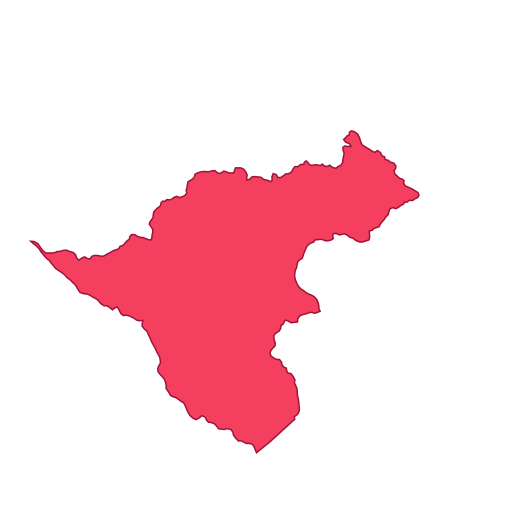 Monte Azul, Minas Gerais, Brazil (Equal Earth projection), rotated 141°
{"feature_id": "56859067B54677813263990", "entity_name": "Monte Azul", "entity_type": "district", "adm_level": 2, "iso_a3": "BRA", "parent_name": "Brazil", "parent_adm1": "Minas Gerais", "projection": "equal_earth", "projection_center": [-42.986, -15.214], "detail": "fine", "context": "isolated", "style": "filled", "palette": "rose", "viewbox_px": 512, "rotation_deg": 141, "n_neighbors": 0, "source": "geoboundaries", "source_scale": "gbopen_adm2", "svg_char_len": 5448}
<svg xmlns="http://www.w3.org/2000/svg" viewBox="0 0 512 512"><g transform="rotate(141 256 256)"><path d="M289.8,356.0L292.3,355.8L293.9,357.3L296.0,357.3L297.8,355.8L299.7,355.0L302.0,355.3L304.7,355.1L307.5,354.7L309.7,352.9L311.9,350.6L315.2,349.7L317.4,349.1L319.0,347.8L319.1,345.0L319.5,341.8L320.9,339.8L323.1,338.1L325.3,335.9L327.1,334.6L328.9,335.7L330.6,338.6L332.3,341.6L334.0,343.1L335.7,345.7L336.8,348.9L339.0,350.8L341.5,350.7L343.9,348.8L346.8,348.9L349.3,348.6L351.6,348.0L353.5,348.3L355.7,349.1L358.2,348.0L360.6,348.8L362.4,349.6L364.5,350.1L367.4,350.5L370.5,351.2L372.9,351.5L375.1,352.1L377.1,354.0L379.2,356.5L381.0,358.0L383.8,359.1L386.7,358.1L388.7,360.2L389.6,363.0L391.5,363.9L393.8,364.1L396.3,364.3L396.6,367.2L395.4,370.6L395.8,373.7L398.1,377.0L399.7,379.9L402.3,381.7L405.4,382.9L407.8,384.7L410.1,385.2L411.9,386.2L414.4,388.2L417.3,390.4L418.3,394.4L418.1,398.8L417.7,402.6L418.4,405.0L419.8,407.5L421.8,409.2L421.1,405.3L420.3,401.5L420.0,397.8L420.5,394.9L420.4,390.6L420.4,387.4L420.0,384.5L419.4,382.0L419.7,379.1L419.5,375.6L419.6,372.5L418.4,368.6L417.3,365.1L416.6,362.1L416.4,357.9L415.4,354.2L415.2,351.3L414.7,348.0L414.8,345.4L415.3,342.4L415.7,338.5L413.6,335.0L411.0,332.6L409.6,329.6L408.4,326.0L407.0,322.9L406.6,320.4L406.6,316.7L405.4,312.9L403.4,311.4L402.2,308.4L401.4,304.5L398.8,304.5L396.2,304.0L396.0,301.4L396.8,298.8L397.2,296.1L396.5,293.1L394.5,292.1L392.3,289.4L390.8,286.3L389.8,284.1L389.2,281.4L387.3,279.0L384.5,277.1L387.0,275.1L388.7,273.0L388.7,269.7L388.1,266.2L389.1,262.5L389.8,259.3L390.7,256.5L391.3,254.2L391.8,251.2L392.5,247.3L393.5,243.8L393.9,241.0L394.6,237.8L396.5,234.4L398.2,232.6L400.8,231.8L403.2,230.3L404.8,228.1L405.1,225.3L404.8,221.8L404.8,217.7L405.8,214.8L407.1,212.1L409.1,209.9L409.6,205.1L410.2,201.2L409.0,198.7L407.3,196.2L406.5,193.5L405.8,190.5L404.7,187.8L405.0,185.0L405.8,182.3L406.5,180.0L407.3,177.1L407.7,173.4L407.0,169.6L405.8,166.7L402.9,166.0L400.9,165.9L398.6,166.0L396.9,163.0L397.7,159.5L397.6,156.8L395.5,154.6L393.9,151.8L393.6,148.9L393.8,145.2L391.7,143.1L389.7,141.0L387.5,140.3L386.0,138.8L384.6,136.6L384.9,133.4L386.2,131.0L386.4,126.7L386.0,123.1L384.0,122.1L382.9,119.6L381.5,116.5L379.2,114.5L377.7,112.8L377.3,109.7L378.5,106.0L379.4,102.8L362.0,102.8L328.5,104.8L327.6,107.0L325.0,106.8L321.9,107.2L319.5,108.8L317.9,110.6L316.4,113.2L314.5,115.9L312.5,119.5L311.0,122.5L309.5,124.3L307.6,127.2L306.7,130.0L306.1,133.1L303.8,135.1L303.0,138.8L302.8,142.6L304.9,145.1L304.3,147.7L303.0,149.8L304.3,152.1L304.3,154.9L303.0,157.5L302.9,160.8L305.0,162.5L306.4,165.4L307.3,169.1L305.9,172.0L303.4,173.4L300.7,173.8L297.7,174.2L295.7,176.4L294.5,179.8L292.2,182.8L290.2,183.5L287.9,183.4L285.2,183.1L282.2,184.3L280.4,186.4L278.2,185.9L275.5,187.0L273.5,187.8L272.1,185.6L270.7,182.0L267.6,180.1L265.3,178.6L263.0,180.9L259.5,182.0L255.7,180.7L253.0,179.3L250.4,178.6L248.2,177.2L246.6,174.7L244.4,173.7L240.9,172.7L240.2,175.7L238.8,177.3L237.3,180.2L236.2,184.0L236.4,187.9L237.5,190.6L239.0,193.3L240.2,196.3L240.9,199.3L241.7,201.7L242.1,204.7L241.7,208.3L240.4,212.6L239.0,215.6L236.9,218.0L234.5,220.1L231.6,221.5L229.0,224.0L226.6,225.4L224.3,225.5L221.5,225.1L218.3,227.2L215.8,228.7L213.0,230.2L210.2,231.5L207.7,231.8L205.3,231.5L202.3,230.6L200.0,231.4L197.5,229.7L194.5,227.7L192.3,223.9L189.7,222.1L187.3,221.1L185.0,220.9L183.3,224.0L181.4,224.6L179.1,222.5L178.1,220.0L175.8,218.9L173.1,217.4L171.9,214.6L171.2,211.3L169.4,208.8L168.7,205.4L167.0,202.1L164.9,200.1L161.7,198.8L158.1,197.4L155.6,199.3L154.0,201.7L152.3,204.2L149.5,202.8L147.1,203.2L144.6,202.3L141.9,201.3L139.0,202.7L135.8,203.3L133.4,203.7L130.2,204.7L127.1,205.0L125.0,206.7L122.3,208.4L119.4,207.6L117.5,204.8L114.8,204.2L111.6,204.2L108.9,203.5L106.5,204.3L104.5,202.8L101.8,202.8L99.5,200.6L96.4,200.4L93.6,199.7L91.1,200.6L90.2,203.5L91.3,206.3L92.2,209.2L94.1,213.1L95.9,216.6L95.4,219.9L93.6,221.3L93.9,223.7L95.5,225.8L95.9,228.8L96.5,232.5L94.8,235.6L92.7,236.0L90.6,237.9L90.5,241.6L92.4,244.1L93.0,247.1L94.8,249.5L93.7,252.3L95.0,254.4L94.2,258.0L95.3,261.6L98.6,261.8L100.0,265.1L101.0,268.3L102.3,271.7L103.6,275.7L102.6,279.2L101.1,282.9L100.3,286.5L101.2,290.5L103.0,293.2L105.4,293.4L107.3,291.5L109.6,292.0L112.0,291.5L114.6,291.4L114.7,287.9L112.7,284.6L113.2,281.4L115.9,283.5L117.8,285.7L119.9,285.8L121.6,283.7L123.0,280.2L125.7,278.0L127.6,276.4L129.8,274.2L133.1,273.1L135.9,273.9L138.6,273.8L140.7,276.4L141.6,280.2L143.6,280.5L146.1,282.4L146.7,285.8L149.0,285.7L151.1,288.3L153.3,290.1L155.5,291.2L157.1,293.3L156.8,295.8L157.2,298.4L159.5,298.4L161.3,297.1L163.7,299.1L167.1,299.0L169.5,301.0L172.4,300.3L174.7,299.3L177.1,299.0L179.5,299.8L181.3,301.1L184.3,301.1L187.2,301.4L189.6,303.1L189.0,306.6L190.8,309.2L193.8,307.5L195.7,304.8L197.7,304.5L199.4,307.6L201.8,310.6L202.6,314.1L204.7,316.2L206.8,318.3L208.4,319.6L210.2,320.1L212.5,319.5L215.2,320.8L213.8,323.0L212.0,324.3L211.1,327.0L210.9,331.2L212.4,334.1L214.1,335.4L216.4,337.4L218.9,336.0L221.0,334.6L222.8,336.0L224.7,337.5L226.0,339.8L227.5,342.2L229.6,342.4L231.7,342.7L233.5,344.4L234.2,348.3L237.0,350.1L239.9,351.2L242.6,353.9L245.0,355.6L246.8,356.5L249.2,357.4L252.0,357.9L254.2,356.1L256.6,355.8L259.5,356.1L262.1,356.5L264.4,354.7L266.8,352.4L268.8,351.2L270.0,348.7L272.4,347.9L274.3,348.0L276.2,348.6L278.7,349.5L280.1,352.3L282.9,353.2L286.0,353.2L288.0,354.1L289.8,356.0Z" fill="#f43f5e" stroke="#9f1239" stroke-width="1.5"/></g></svg>